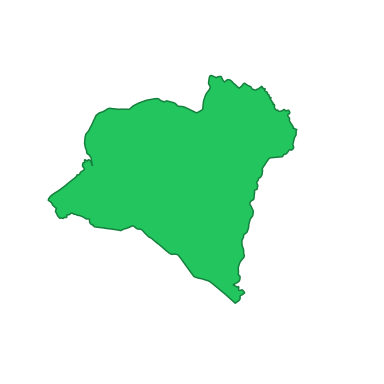 Da Huoai, Lâm Đồng, Vietnam (Natural Earth projection), rotated 147°
{"feature_id": "81297802B42288402015377", "entity_name": "Da Huoai", "entity_type": "district", "adm_level": 2, "iso_a3": "VNM", "parent_name": "Vietnam", "parent_adm1": "Lâm Đồng", "projection": "natural_earth1", "projection_center": [107.624, 11.452], "detail": "fine", "context": "isolated", "style": "filled", "palette": "green", "viewbox_px": 384, "rotation_deg": 147, "n_neighbors": 0, "source": "geoboundaries", "source_scale": "gbopen_adm2", "svg_char_len": 5975}
<svg xmlns="http://www.w3.org/2000/svg" viewBox="0 0 384 384"><g transform="rotate(147 192 192)"><path d="M274.1,199.8L272.9,198.5L271.6,198.3L269.8,198.1L268.7,197.9L267.4,197.3L264.1,196.6L261.5,196.2L260.2,195.9L259.9,195.8L259.2,194.3L258.7,192.4L257.8,190.6L255.7,189.0L255.1,188.4L254.8,188.0L254.4,186.4L254.0,183.6L252.8,178.3L252.5,177.4L251.3,175.5L249.1,168.1L248.4,166.5L247.6,163.9L245.7,157.1L244.2,152.8L243.4,151.3L242.5,150.5L240.4,149.4L238.8,148.0L238.4,147.5L238.0,146.7L237.6,142.9L236.8,126.1L236.4,119.9L234.2,117.0L231.0,113.8L227.1,109.1L226.0,107.4L225.2,105.4L219.8,88.2L216.3,75.2L212.7,75.3L211.3,75.5L210.5,75.9L209.8,76.3L209.2,77.1L209.0,77.8L208.1,78.6L207.7,78.7L206.1,78.5L203.3,78.6L203.0,78.7L202.7,79.3L202.7,80.5L202.9,81.7L203.0,82.1L203.2,82.5L203.5,82.8L205.3,83.3L205.9,83.6L206.2,84.0L206.2,84.4L206.2,84.8L204.7,86.5L204.6,87.3L204.8,87.6L205.7,87.7L206.2,87.9L206.6,89.1L207.8,91.1L207.8,91.7L206.8,91.6L202.2,91.4L200.9,91.6L199.7,92.4L198.5,93.8L197.8,94.8L197.7,95.6L198.1,97.3L198.0,97.7L196.9,99.2L195.5,101.4L194.9,102.7L194.2,103.5L192.2,105.3L190.2,106.8L188.0,107.8L184.4,108.8L183.5,109.4L183.0,109.9L182.7,110.3L182.5,110.8L182.4,111.7L182.1,112.4L180.7,114.6L180.2,115.5L179.9,116.4L179.3,118.9L178.9,120.3L177.6,122.5L176.7,123.9L176.0,124.5L173.6,125.9L172.5,127.3L172.0,127.8L171.3,128.0L170.3,128.1L169.3,128.1L167.7,128.4L164.7,130.6L163.2,132.2L162.2,133.7L158.0,137.5L154.0,139.0L151.2,142.2L150.8,143.5L150.1,149.2L150.3,150.0L150.1,150.5L149.9,150.8L148.7,151.7L147.4,152.2L146.2,152.3L144.9,152.1L144.1,152.4L143.5,152.8L141.9,155.0L139.7,157.6L138.9,159.0L138.3,159.4L136.1,158.8L135.1,159.8L133.5,161.4L133.3,161.6L133.1,162.3L132.9,164.0L132.3,164.9L131.4,165.4L130.3,165.7L129.4,166.4L128.3,167.3L128.1,167.4L127.2,167.0L126.7,167.0L125.9,167.3L124.3,168.2L123.3,168.9L122.4,170.0L120.9,171.9L120.7,173.0L120.0,173.5L118.4,174.3L116.5,175.0L114.3,176.1L109.3,178.1L108.1,178.2L98.4,173.1L97.1,172.5L96.7,172.4L95.5,173.1L94.9,173.4L94.0,173.3L93.3,173.0L92.3,172.7L91.4,172.9L90.5,173.1L87.6,174.3L86.9,174.2L86.2,173.3L85.8,173.0L84.4,173.0L83.8,173.1L83.1,173.4L82.6,173.8L82.3,174.3L82.0,175.1L81.9,176.1L81.7,176.6L80.9,177.6L76.8,181.4L75.9,182.1L74.2,182.8L73.5,183.4L71.6,186.2L70.2,187.4L72.4,190.4L71.9,190.7L71.7,191.1L71.6,193.1L71.6,197.5L71.6,198.3L71.3,198.9L70.2,200.5L70.0,201.0L70.2,203.4L70.2,203.8L70.0,204.1L69.7,204.5L69.3,204.7L67.7,204.6L67.1,204.9L66.8,205.2L66.4,206.3L66.4,207.2L66.5,207.9L66.7,208.2L67.3,208.4L68.2,208.5L68.8,208.8L69.3,209.5L69.5,209.9L69.5,210.7L69.9,211.1L72.0,211.1L73.2,211.3L75.0,212.2L75.5,213.0L75.5,213.8L75.6,214.1L76.4,214.4L76.7,215.1L77.0,216.4L77.0,217.6L76.5,218.5L75.9,219.2L75.5,219.8L75.4,220.3L75.5,220.9L75.7,221.2L76.1,221.2L76.3,221.5L75.5,222.7L75.6,223.2L75.7,223.7L75.6,228.1L75.3,228.2L74.8,227.8L74.6,227.8L74.4,228.2L75.1,229.1L75.2,229.7L75.0,230.9L74.6,231.5L74.6,231.8L74.8,232.1L75.3,232.5L75.4,233.0L75.3,233.3L74.6,234.3L74.6,234.6L74.8,235.1L75.6,236.2L75.7,236.6L75.7,237.8L75.6,238.1L75.5,238.3L74.6,238.4L74.5,238.6L74.8,239.2L75.3,239.3L75.9,239.8L75.8,241.6L76.0,242.5L76.4,242.8L76.7,242.8L77.2,242.1L77.4,242.1L78.0,242.4L78.7,242.5L79.2,242.5L80.1,242.3L80.6,242.3L80.9,242.6L81.6,242.8L83.0,242.7L83.9,243.5L84.2,244.2L85.3,245.1L85.5,245.9L85.4,247.2L85.4,248.3L86.0,249.4L86.6,250.0L87.4,251.5L88.5,254.4L89.0,254.7L89.7,254.7L90.5,254.6L92.1,253.9L93.1,253.7L95.9,253.4L96.8,256.3L97.2,258.4L98.0,260.5L98.2,262.4L98.5,263.6L98.8,264.5L99.5,265.7L100.8,266.7L101.2,266.9L101.8,266.9L104.8,266.6L105.2,268.2L105.0,270.8L104.7,272.3L104.7,272.8L104.9,273.3L107.6,274.6L109.3,274.6L112.1,279.0L113.0,279.5L113.5,279.5L114.1,279.4L115.6,278.1L117.8,275.6L119.0,274.1L119.2,273.2L119.2,272.2L119.3,271.2L119.9,269.5L122.3,268.2L125.9,267.0L128.1,265.7L129.7,264.5L132.8,262.0L134.3,260.2L137.9,255.6L139.0,255.4L144.8,255.7L145.4,256.4L151.8,267.0L153.1,268.4L154.9,270.1L156.0,270.7L156.8,271.3L157.1,271.9L157.7,275.1L158.6,276.7L163.4,282.1L164.1,282.4L166.2,282.7L167.7,284.7L168.5,286.0L169.3,288.3L170.9,289.7L172.9,290.7L180.4,293.8L188.2,295.6L191.4,296.0L194.7,296.2L196.2,296.0L199.5,295.5L206.5,300.2L207.5,300.6L213.7,305.5L215.1,306.8L216.2,307.4L218.0,307.7L220.5,307.7L223.4,307.9L225.9,308.7L227.3,308.8L229.2,308.7L231.1,308.3L233.3,306.8L235.6,305.5L239.0,303.2L243.2,300.9L243.9,300.4L245.4,299.6L249.1,298.5L249.9,298.0L252.0,296.0L255.5,291.5L257.2,287.5L257.7,284.9L258.1,283.8L258.9,282.3L259.0,281.3L258.9,280.9L258.4,279.9L258.1,278.6L258.0,276.2L258.0,275.5L259.6,272.3L260.9,268.5L261.2,268.6L261.2,268.8L260.3,272.4L260.2,273.5L260.4,274.3L260.7,274.8L261.1,275.3L261.3,275.4L261.9,275.4L262.6,275.0L262.9,275.0L263.1,275.2L263.9,276.9L264.1,277.3L264.5,277.4L265.0,277.1L265.4,275.8L265.9,275.3L266.2,275.3L267.3,275.7L267.7,275.7L268.2,275.2L269.5,273.7L269.7,273.4L269.7,273.0L269.6,270.8L269.6,270.3L269.7,270.0L270.0,269.6L270.6,269.3L274.5,269.3L275.2,269.1L276.0,268.3L277.1,268.1L278.0,268.3L279.0,268.9L280.6,268.0L282.0,267.7L292.3,266.7L294.8,266.3L303.1,265.8L307.4,265.9L310.8,265.8L313.1,265.5L316.0,264.4L317.0,263.3L315.7,259.8L315.6,259.3L315.9,257.9L315.9,256.5L315.7,255.6L315.0,253.0L314.6,252.1L316.2,250.9L316.7,250.5L317.2,249.8L317.2,248.1L317.5,246.2L317.6,245.2L317.4,242.9L317.2,242.1L317.1,241.9L316.0,241.5L314.4,240.0L313.9,240.0L313.3,240.3L312.9,240.2L311.5,239.1L310.9,239.1L310.3,239.6L309.8,240.5L309.3,240.9L308.8,240.8L307.8,240.0L307.4,239.9L306.7,239.8L305.6,240.1L305.0,240.1L303.9,239.5L303.7,239.1L303.4,238.2L303.2,237.8L302.4,237.1L302.1,236.9L301.5,236.2L300.7,234.7L299.6,234.0L298.2,232.3L296.5,229.6L295.8,227.8L295.3,226.9L294.4,226.3L293.8,226.1L293.0,225.4L292.9,224.8L293.9,223.3L294.3,222.1L294.4,221.3L294.3,220.3L294.1,219.6L293.6,219.0L293.2,218.8L293.0,218.6L293.3,217.7L293.2,217.4L292.7,216.6L292.8,216.0L289.5,213.1L285.8,210.1L284.4,208.7L279.6,204.7L274.1,199.8Z" fill="#22c55e" stroke="#15803d" stroke-width="1.5"/></g></svg>